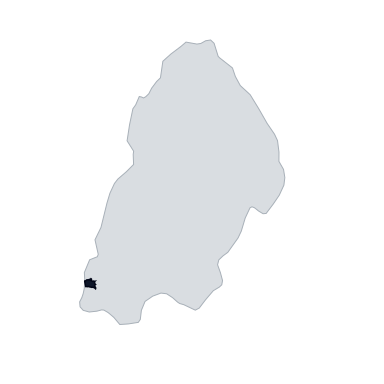 Pemathang, Samdrup Jongkhar, Bhutan shown in context, rotated 110°
{"feature_id": "84629894B34482076468426", "entity_name": "Pemathang", "entity_type": "district", "adm_level": 2, "iso_a3": "BTN", "parent_name": "Bhutan", "parent_adm1": "Samdrup Jongkhar", "projection": "robinson", "projection_center": [91.762, 26.895], "detail": "fine", "context": "in_parent", "style": "filled", "palette": "ink", "viewbox_px": 384, "rotation_deg": 110, "n_neighbors": 0, "source": "geoboundaries", "source_scale": "gbopen_adm2", "svg_char_len": 3336}
<svg xmlns="http://www.w3.org/2000/svg" viewBox="0 0 384 384"><g transform="rotate(110 192 192)"><path d="M301.0,165.5L300.4,167.9L297.9,174.2L296.3,181.0L297.6,186.6L303.3,193.3L310.9,198.7L320.5,199.1L329.4,197.0L332.9,197.9L337.8,206.8L341.2,214.5L336.6,222.5L334.0,229.5L333.1,234.4L333.7,236.6L336.5,240.6L339.9,247.5L340.4,253.8L338.2,257.9L333.7,260.0L328.8,259.4L324.7,259.5L319.7,260.2L311.8,262.5L304.5,265.6L290.7,265.0L285.2,258.8L282.6,258.8L270.1,266.8L256.4,265.4L231.6,268.1L221.2,268.7L210.6,267.8L205.2,266.1L195.2,260.5L186.1,256.3L176.8,260.1L173.6,260.8L166.1,270.5L150.1,273.7L134.0,276.0L129.3,274.7L120.3,274.2L120.0,271.9L120.2,269.7L118.2,268.0L114.5,266.2L108.2,265.4L100.2,263.0L95.5,260.7L79.1,264.1L69.5,259.0L58.7,252.0L53.2,248.9L51.3,238.0L49.4,234.5L45.2,230.9L42.8,226.5L44.7,222.1L55.6,213.8L56.5,211.9L61.6,196.4L68.6,190.8L75.5,183.0L80.7,170.6L90.8,157.9L101.9,144.8L109.5,134.2L114.5,129.2L124.8,123.9L133.5,120.8L139.5,113.7L146.7,109.7L154.1,108.0L165.1,108.9L175.4,111.5L186.8,115.0L188.1,117.8L187.1,122.9L185.4,128.0L185.4,130.6L187.1,132.1L198.2,133.1L211.8,132.3L219.4,133.0L236.4,137.7L241.4,141.0L246.6,143.6L251.6,143.1L258.1,137.7L264.8,133.0L269.0,132.3L272.0,133.8L277.4,138.2L288.6,142.4L298.6,145.5L301.9,148.5L300.7,161.2L301.0,165.5Z" fill="#d9dde1" stroke="#a8b0b8" stroke-width="1"/><path d="M309.1,252.7L309.2,252.9L309.2,253.1L309.3,253.2L309.3,253.4L309.5,253.6L309.5,253.8L309.4,254.0L309.4,254.3L309.5,254.5L309.8,254.8L310.0,254.9L310.1,255.0L310.1,255.3L310.1,255.5L310.0,255.8L309.9,255.9L309.7,256.0L309.4,256.2L309.2,256.3L308.9,256.4L308.7,256.5L308.4,256.7L308.3,256.8L308.2,256.8L308.1,257.0L308.0,257.3L308.3,257.4L308.4,257.5L308.5,257.4L308.8,257.2L309.0,257.2L309.3,257.0L309.5,256.9L309.7,257.0L309.8,257.0L309.8,257.3L309.7,257.4L309.5,257.5L309.4,257.6L309.1,257.9L309.1,258.1L309.3,258.1L309.5,258.3L309.5,258.5L309.5,258.8L309.6,259.0L309.8,259.1L309.9,259.3L310.0,259.3L310.1,259.5L310.1,259.9L310.2,260.1L310.3,260.2L310.4,260.3L310.5,260.5L310.6,260.8L310.7,261.0L310.8,261.0L311.0,261.0L311.4,261.3L311.5,261.4L311.7,261.5L311.8,261.6L312.0,261.7L312.0,261.8L312.1,262.0L312.3,262.2L312.3,262.3L312.5,262.3L312.8,262.2L314.3,261.3L316.1,260.2L317.2,259.6L317.1,259.4L317.1,259.2L316.9,258.9L316.9,258.7L316.8,258.4L316.7,258.2L316.7,257.9L316.7,257.7L316.5,257.4L316.4,257.4L316.3,257.2L316.2,257.2L316.1,256.9L316.1,256.7L316.2,256.4L316.1,256.2L316.2,255.9L316.2,255.7L316.1,255.4L316.1,255.2L316.0,254.9L316.0,254.7L316.0,254.4L316.0,254.2L315.9,254.2L315.9,253.9L315.8,253.7L315.7,253.6L315.6,253.4L315.6,253.2L315.6,252.9L315.5,252.7L315.4,252.5L315.4,252.3L315.4,252.2L315.3,251.9L315.3,251.7L315.2,251.3L315.3,251.2L315.2,251.1L315.1,250.9L315.3,250.6L315.6,250.3L315.7,250.2L315.7,249.9L315.8,249.7L316.0,249.4L315.8,249.3L315.8,249.2L315.7,249.4L315.4,249.5L315.2,249.5L315.0,249.8L315.0,250.1L314.9,250.2L314.7,250.3L314.4,250.4L314.4,250.5L314.4,250.8L314.3,251.0L314.0,251.0L313.9,251.1L313.7,251.2L313.5,251.3L313.3,251.3L313.2,251.3L312.9,251.4L312.7,251.4L312.4,251.4L312.2,251.3L312.2,251.2L311.9,251.0L311.8,251.3L311.7,251.5L311.4,251.9L311.2,252.0L311.0,252.3L310.8,252.4L310.7,252.4L310.5,252.5L310.4,252.6L310.2,252.7L309.9,252.7L309.7,252.8L309.3,252.8L309.1,252.7Z" fill="#0f172a" stroke="#020617" stroke-width="1.5"/></g></svg>